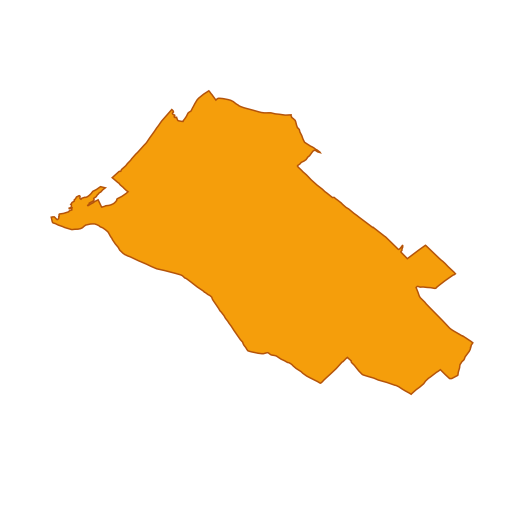 Dobretu, Olt, Romania (Robinson projection), rotated 346°
{"feature_id": "2599482B33788431335920", "entity_name": "Dobretu", "entity_type": "district", "adm_level": 2, "iso_a3": "ROU", "parent_name": "Romania", "parent_adm1": "Olt", "projection": "robinson", "projection_center": [23.941, 44.491], "detail": "fine", "context": "isolated", "style": "filled", "palette": "amber", "viewbox_px": 512, "rotation_deg": 346, "n_neighbors": 0, "source": "geoboundaries", "source_scale": "gbopen_adm2", "svg_char_len": 6077}
<svg xmlns="http://www.w3.org/2000/svg" viewBox="0 0 512 512"><g transform="rotate(346 256 256)"><path d="M426.4,372.8L421.2,363.5L411.8,347.6L409.5,343.6L408.6,341.6L405.3,336.2L404.9,334.9L404.7,334.1L404.4,330.5L403.7,325.3L404.9,324.6L405.7,324.6L407.7,325.9L410.7,326.5L414.4,327.9L417.9,329.0L421.4,330.6L422.4,330.8L423.1,330.6L423.9,330.0L426.4,328.8L433.0,325.9L441.0,322.8L443.0,322.1L443.8,322.1L445.2,321.5L444.2,319.6L441.3,315.1L439.8,312.8L437.9,309.4L435.9,306.3L434.9,305.1L433.2,302.6L423.5,287.2L423.0,286.6L415.6,289.5L402.2,295.2L397.7,287.5L397.6,287.2L397.7,286.8L399.0,285.8L399.3,284.6L400.5,282.9L400.9,281.4L400.8,281.2L400.6,281.2L399.0,282.5L397.8,283.4L396.7,284.0L396.1,284.1L395.7,284.0L386.4,268.9L385.4,267.8L376.6,256.5L376.3,256.7L376.1,256.5L364.9,242.7L363.8,241.2L361.4,238.4L357.4,232.9L355.0,230.5L352.4,226.7L351.5,225.1L348.2,220.9L346.8,219.3L346.4,218.5L345.9,218.0L344.4,217.8L343.8,217.1L340.1,212.2L338.4,210.2L336.6,207.3L332.4,202.0L328.0,195.5L324.6,189.5L321.8,185.5L321.0,184.0L318.4,179.9L318.0,178.7L318.5,178.2L320.7,177.4L322.6,176.1L325.5,175.5L327.9,174.6L330.3,172.5L332.2,171.7L336.0,168.5L337.1,167.8L338.0,167.6L338.9,167.8L339.7,168.4L340.9,169.8L343.3,171.2L343.1,170.6L340.8,167.8L339.8,167.0L338.4,165.2L337.1,163.9L335.4,162.5L333.7,160.7L330.9,157.7L330.6,157.3L329.9,154.1L329.5,150.1L328.6,146.3L328.6,143.9L328.2,142.9L327.4,141.8L327.5,141.7L327.2,141.1L327.0,139.1L327.0,135.5L326.8,133.8L326.1,132.9L325.7,132.1L324.2,130.2L324.1,129.8L324.2,128.8L323.8,128.0L324.1,127.5L318.5,126.4L312.9,124.1L309.2,122.8L305.1,120.7L298.6,119.1L295.8,118.0L293.6,116.8L288.2,113.7L282.4,110.5L280.1,109.2L277.4,107.4L275.8,106.1L275.0,105.0L273.8,103.9L273.0,102.9L271.3,100.7L269.1,98.8L266.8,97.5L262.1,95.3L259.0,94.2L257.9,93.9L257.2,93.9L256.4,94.1L254.8,95.0L252.6,89.6L252.3,88.8L251.7,87.7L250.8,85.5L250.2,84.3L244.3,86.3L238.7,88.9L237.3,89.8L236.5,90.4L233.4,93.5L231.4,95.8L230.5,96.7L228.0,99.6L225.8,100.3L224.6,100.9L222.2,103.7L220.0,105.7L217.9,107.3L218.1,107.4L217.8,107.8L216.7,107.5L213.6,106.1L213.1,105.7L212.8,105.3L212.7,104.1L212.5,103.4L212.5,102.2L211.0,102.1L210.4,101.6L210.3,101.1L211.0,100.6L211.0,100.1L211.2,99.7L211.0,99.4L210.4,99.2L209.8,98.6L209.5,98.0L209.4,97.3L209.7,96.9L210.7,96.4L210.8,95.5L210.2,94.2L209.7,93.5L197.0,102.3L192.3,106.4L190.5,107.8L187.8,110.3L181.4,115.7L177.1,119.6L175.9,120.4L174.1,121.5L166.1,126.9L164.1,128.0L158.9,131.6L157.5,132.8L153.6,135.2L151.5,136.9L146.7,139.4L146.0,140.0L145.5,140.9L145.0,141.1L144.1,140.8L143.5,140.9L135.4,145.2L138.2,149.1L139.7,151.2L140.6,152.2L141.5,154.2L143.8,157.4L144.2,158.2L146.0,161.0L147.4,162.7L145.3,163.8L140.3,165.7L135.2,166.9L134.7,167.3L134.4,168.1L134.1,168.6L133.5,168.9L133.0,169.4L132.2,169.8L131.5,170.3L129.7,170.9L128.4,171.1L127.3,171.3L125.4,171.3L122.4,170.9L120.8,171.2L119.1,171.2L118.3,171.4L118.0,171.1L116.4,163.3L112.9,164.1L110.4,165.1L108.5,165.5L105.5,166.5L105.1,166.5L104.9,166.3L104.9,166.1L105.1,166.0L106.5,165.6L106.8,165.3L106.8,164.5L107.0,164.3L110.7,163.4L112.0,162.8L112.5,162.1L112.4,161.1L112.7,160.7L114.8,160.0L115.5,159.6L116.8,158.3L118.0,157.7L119.3,156.7L120.8,156.4L123.5,154.6L126.3,153.4L121.9,151.1L117.2,152.9L113.3,153.8L111.0,155.6L109.1,156.7L107.3,157.5L105.6,157.9L104.8,157.9L104.3,157.6L101.2,157.8L100.8,157.9L100.2,158.4L99.9,158.6L99.3,158.0L99.1,157.3L99.4,156.3L99.7,155.7L99.5,155.0L99.1,154.7L98.8,154.7L96.1,155.3L94.7,156.8L93.2,157.6L93.1,157.9L93.1,158.6L92.9,158.8L90.4,159.6L89.7,160.4L88.8,161.1L89.2,161.4L89.3,161.7L88.6,164.0L88.3,164.1L86.2,164.4L86.3,165.0L89.1,164.9L88.5,166.0L88.5,166.7L88.4,166.8L86.5,166.9L85.4,167.3L85.1,167.7L84.7,167.8L79.6,168.1L75.5,167.7L75.1,167.9L74.9,168.2L74.7,169.6L74.2,169.8L74.0,170.9L73.8,171.4L73.4,172.0L72.7,172.4L71.9,172.6L71.6,172.4L70.3,170.1L69.7,169.2L68.4,168.9L66.7,168.8L66.6,173.5L66.8,174.3L67.1,174.8L69.1,176.0L71.7,178.2L75.4,180.6L77.3,182.1L83.4,185.7L83.9,185.9L86.5,186.2L89.8,186.9L92.4,187.0L94.4,186.6L96.5,185.5L98.3,184.8L102.9,184.9L105.6,185.4L107.3,185.9L109.3,187.2L110.7,188.4L111.2,188.9L111.5,189.5L112.2,190.2L114.0,191.5L116.2,194.0L118.1,196.7L118.6,198.1L119.6,202.0L120.5,204.2L120.6,205.2L121.2,206.9L122.4,210.2L124.4,214.3L125.2,217.3L127.7,221.3L129.3,223.1L129.8,223.4L131.4,224.8L133.8,226.4L141.1,232.4L148.0,237.6L151.7,240.7L156.6,244.4L163.6,247.9L173.5,253.3L178.2,256.0L179.6,257.1L180.5,258.3L181.5,260.0L182.8,260.9L184.9,263.4L191.5,271.8L196.0,276.8L196.9,277.9L197.1,278.6L197.8,279.0L200.1,281.8L201.8,283.3L202.8,284.8L203.1,285.3L203.2,287.0L203.6,288.5L207.0,297.7L207.8,300.5L208.8,302.2L209.5,303.9L210.5,306.1L211.3,309.1L212.8,312.4L213.6,314.8L215.0,318.1L216.6,322.9L220.6,333.4L222.2,336.4L222.3,337.9L222.6,339.3L222.9,340.1L223.9,342.3L224.3,343.7L225.1,345.9L226.4,346.8L228.4,347.9L234.6,350.9L238.0,352.2L239.5,352.6L243.1,352.5L244.2,352.7L244.8,353.3L246.3,355.2L247.1,355.8L250.5,357.3L251.6,358.0L255.3,362.1L258.3,364.5L260.8,366.9L262.3,367.6L263.6,368.9L264.6,370.1L265.5,371.7L267.7,374.8L271.7,379.0L273.1,381.2L276.1,384.7L279.1,387.4L285.3,392.7L287.4,394.8L287.8,395.0L288.3,394.9L290.1,394.0L291.5,393.0L294.7,391.2L299.0,388.9L306.5,384.7L313.8,379.8L314.9,379.5L319.5,376.7L320.1,376.6L320.2,376.8L320.3,376.7L321.0,377.9L323.0,380.7L322.8,381.5L322.9,382.4L325.0,385.9L327.9,392.3L330.1,396.1L330.6,396.8L331.5,397.5L335.6,400.0L340.8,403.0L344.6,405.9L352.5,410.4L359.5,415.0L360.6,415.5L363.0,417.5L365.5,420.3L368.1,422.9L371.7,426.2L373.1,427.7L373.7,427.3L379.0,424.5L383.2,422.8L387.8,420.5L390.2,418.4L393.7,416.4L395.9,415.6L403.0,412.5L404.7,412.0L407.4,410.9L411.0,416.9L414.2,421.8L415.7,422.2L416.6,422.2L422.6,420.7L423.1,420.4L424.1,417.8L426.5,413.7L427.1,412.0L427.8,410.5L428.3,410.2L430.3,408.3L432.4,407.2L433.3,406.3L434.1,405.0L434.7,404.3L439.7,400.2L441.1,398.6L442.4,396.4L442.2,396.3L442.8,395.6L443.5,394.3L444.2,393.8L445.4,392.7L444.0,390.9L437.3,383.6L437.1,383.7L436.2,382.9L429.6,376.5L427.9,374.7L426.4,372.8Z" fill="#f59e0b" stroke="#b45309" stroke-width="1.5"/></g></svg>